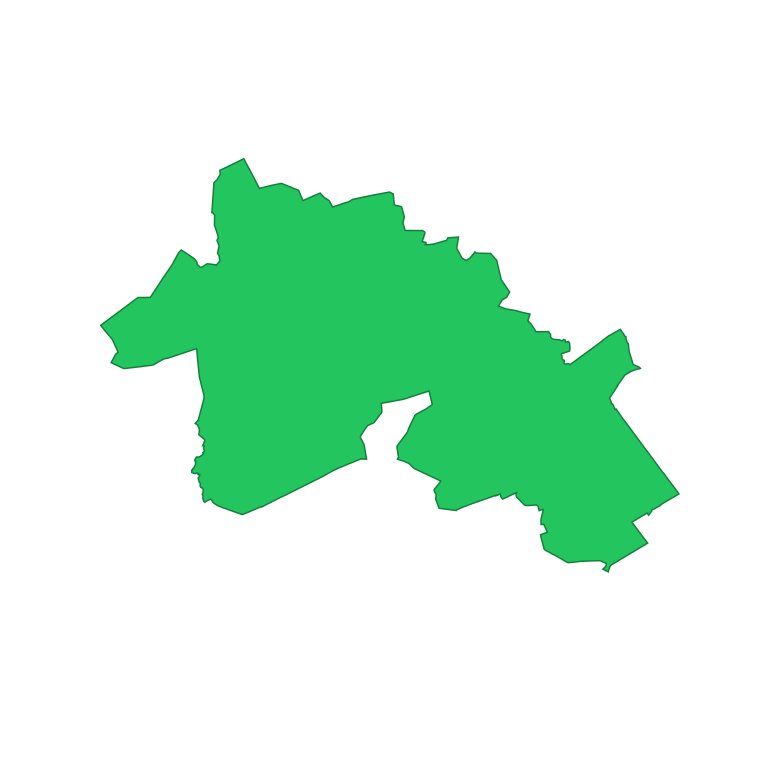 Vircavas pag., Jelgava, Latvia, rotated 156°
{"feature_id": "27541924B57397362903980", "entity_name": "Vircavas pag.", "entity_type": "district", "adm_level": 2, "iso_a3": "LVA", "parent_name": "Latvia", "parent_adm1": "Jelgava", "projection": "robinson", "projection_center": [23.832, 56.527], "detail": "fine", "context": "isolated", "style": "filled", "palette": "green", "viewbox_px": 768, "rotation_deg": 156, "n_neighbors": 0, "source": "geoboundaries", "source_scale": "gbopen_adm2", "svg_char_len": 6027}
<svg xmlns="http://www.w3.org/2000/svg" viewBox="0 0 768 768"><g transform="rotate(156 384 384)"><path d="M207.9,131.4L208.0,131.8L213.7,156.7L213.6,157.0L196.1,159.1L195.5,156.5L191.1,159.1L190.0,160.3L189.0,159.9L181.1,160.6L180.7,160.9L177.3,161.6L159.3,163.6L159.9,166.9L163.4,182.1L164.8,188.8L165.2,189.5L167.2,198.5L170.8,215.0L170.8,215.3L171.0,215.3L176.5,240.4L179.5,253.8L179.8,254.5L182.1,266.7L183.3,266.7L183.2,271.5L183.3,272.5L183.5,272.9L184.2,273.3L184.0,273.6L183.8,275.3L183.7,278.6L183.7,279.4L171.5,287.1L171.7,287.5L171.1,287.9L170.5,288.0L169.9,288.4L169.9,288.6L168.7,289.2L160.3,294.2L152.9,295.1L147.1,294.7L144.2,294.0L143.6,293.9L143.4,293.9L143.7,294.9L144.6,296.3L148.3,300.2L148.5,300.7L147.8,305.6L147.0,312.4L146.8,314.0L145.3,318.8L144.6,320.6L144.5,321.2L144.5,321.8L145.0,322.8L144.5,326.8L143.9,328.7L144.2,328.7L145.9,337.8L159.6,336.5L165.7,335.1L170.0,333.9L206.1,326.0L206.2,326.3L206.8,327.1L208.5,328.0L209.8,328.1L210.9,329.0L211.2,330.0L210.6,330.9L210.0,331.4L209.8,331.9L209.8,332.5L210.5,333.1L211.1,333.9L211.1,334.8L210.8,335.6L210.0,337.2L210.0,337.8L210.1,338.3L209.6,339.5L201.1,338.6L199.7,340.6L197.9,345.7L198.1,347.7L201.2,348.4L201.0,349.0L201.0,349.5L200.7,350.7L201.1,351.2L201.7,351.5L202.2,351.5L203.5,351.0L204.7,351.8L205.1,352.4L205.5,352.8L206.8,353.6L210.3,355.5L211.3,356.3L212.1,357.2L212.5,358.1L212.5,359.5L211.6,361.8L212.3,363.3L212.2,364.1L212.3,364.9L223.9,369.9L224.1,371.2L224.3,373.3L225.4,379.5L226.9,383.1L222.2,388.5L228.3,393.0L234.2,397.8L242.5,403.3L247.6,408.4L247.8,408.7L241.6,412.8L236.8,413.3L231.8,416.9L234.5,431.5L234.4,432.1L234.0,433.7L233.1,438.6L232.5,442.0L231.4,447.6L230.7,451.2L230.8,451.4L233.6,460.1L235.0,460.6L246.2,465.9L246.5,466.2L247.3,467.6L253.6,464.3L258.6,463.3L261.4,467.1L261.5,467.4L262.3,476.9L262.6,478.1L259.8,482.3L256.2,488.0L266.2,491.5L268.3,489.8L282.2,491.7L287.7,493.6L289.7,494.5L288.1,495.8L288.1,496.3L291.2,498.5L285.3,505.1L285.0,505.8L285.0,506.5L286.6,508.6L301.9,515.5L302.1,515.8L302.2,516.1L301.2,523.4L297.4,528.5L295.9,538.6L296.1,539.0L300.5,542.4L301.5,543.4L301.6,543.8L298.3,553.8L300.6,556.9L301.1,557.2L317.1,561.0L337.6,565.4L342.1,564.8L345.5,565.3L359.0,566.6L359.5,573.8L362.7,578.7L364.4,583.3L364.7,584.4L372.4,584.5L383.5,584.5L383.2,595.6L396.1,609.0L405.0,611.0L418.3,613.4L419.3,630.5L420.5,646.8L447.1,645.9L448.2,642.3L453.1,638.7L457.5,637.0L471.5,610.6L471.0,610.4L470.8,610.2L470.1,607.2L470.2,606.8L474.3,598.1L474.9,591.3L475.6,585.8L475.9,585.1L477.9,583.4L478.2,583.0L478.5,577.0L481.1,573.7L482.9,571.2L482.5,568.7L483.6,563.7L484.1,563.1L489.0,560.7L489.2,561.3L496.2,565.6L497.3,565.7L502.6,564.8L503.7,564.9L504.4,565.3L505.3,567.7L505.5,568.0L505.9,568.7L505.5,571.4L505.5,572.0L505.8,573.5L506.2,575.1L506.6,576.0L511.7,584.3L514.7,588.9L518.3,587.4L529.7,578.7L540.9,571.9L562.2,558.2L568.0,560.6L573.5,563.1L619.0,552.8L617.2,546.0L614.2,535.7L614.1,535.1L614.0,530.0L614.0,527.2L613.9,525.2L614.1,521.1L617.0,520.4L624.6,514.5L615.4,503.9L598.2,498.5L588.8,495.7L586.6,495.3L583.9,495.6L575.2,496.5L570.9,495.5L541.0,492.6L541.0,491.6L543.4,484.9L549.8,465.5L552.0,453.1L553.1,446.8L553.4,445.8L553.7,445.1L556.8,440.9L566.0,429.5L568.0,427.0L569.0,426.4L568.8,426.2L572.5,424.9L571.0,422.1L571.0,417.7L573.8,412.9L573.3,412.0L570.5,406.2L570.5,405.7L570.7,405.2L574.5,401.6L574.3,401.6L573.8,401.2L573.6,401.0L573.8,400.2L574.7,399.5L574.8,399.1L574.8,398.3L575.2,397.2L575.1,396.3L575.2,396.0L575.3,395.9L576.1,395.3L577.1,395.2L577.5,395.1L577.6,394.8L577.6,394.3L577.4,394.0L577.3,393.7L578.4,393.2L579.0,393.1L580.9,392.7L583.2,392.6L583.7,392.7L584.3,393.2L584.5,393.6L585.1,393.5L586.1,392.8L586.9,392.3L587.1,392.0L587.6,391.7L588.0,390.9L588.0,390.7L587.6,390.2L588.0,389.7L588.2,388.6L589.2,386.8L590.5,386.0L591.4,385.2L591.7,384.6L593.0,384.4L593.5,384.1L593.6,383.8L594.6,383.6L594.8,383.2L595.2,382.3L595.6,381.7L595.5,381.1L594.4,380.2L593.5,379.2L592.5,378.8L590.7,378.7L590.3,378.3L590.2,377.8L590.5,377.5L590.8,377.1L590.6,376.7L590.0,376.6L589.4,376.6L589.2,376.1L589.4,375.7L590.9,374.3L591.3,373.9L591.7,373.6L592.0,373.7L592.1,373.3L592.4,370.9L592.7,370.2L592.7,369.9L592.6,369.3L592.2,368.4L592.6,367.3L593.5,365.5L593.6,364.8L593.4,363.9L593.0,363.5L592.4,363.4L592.4,362.8L592.1,362.3L592.1,361.5L592.7,360.0L593.6,358.2L594.9,357.2L594.9,355.4L595.9,353.3L596.5,350.2L595.8,348.8L592.5,349.4L589.1,349.3L588.3,345.6L587.7,344.1L587.1,343.0L586.1,341.5L584.3,339.3L580.7,335.7L579.4,334.8L577.0,332.2L566.5,322.3L560.8,322.1L547.0,321.9L546.1,321.4L525.4,322.5L521.5,322.5L476.8,324.5L470.9,325.1L465.9,325.5L460.9,325.7L435.7,325.0L430.5,322.4L430.1,323.7L429.8,325.3L427.0,336.1L426.9,338.3L427.1,340.2L427.0,340.7L427.4,344.0L427.2,344.9L426.4,346.2L418.6,351.1L415.8,352.7L408.9,352.7L397.6,359.0L396.8,360.6L394.3,367.4L372.2,362.1L345.7,359.3L348.2,345.9L348.7,345.5L355.8,344.1L366.4,343.3L368.6,342.7L378.9,333.9L382.5,330.3L397.2,322.1L398.0,320.6L400.5,311.3L402.3,309.9L396.9,305.0L393.6,301.3L391.4,295.8L390.6,294.3L371.6,272.3L373.2,271.2L381.0,267.3L381.7,265.8L381.3,261.6L383.6,257.9L384.2,248.0L369.4,239.0L368.3,239.5L361.9,239.4L354.0,239.0L326.2,236.8L326.0,236.7L326.5,236.3L322.6,236.2L322.8,234.5L323.0,233.8L323.0,233.3L322.6,230.6L307.6,230.9L307.2,230.8L308.2,229.7L308.8,227.3L308.7,226.6L305.3,217.2L304.9,216.4L303.8,215.3L302.8,214.7L294.2,211.6L293.5,211.0L293.0,210.3L293.0,209.8L293.7,205.7L293.8,205.2L289.9,204.9L289.9,203.9L295.4,196.9L297.7,191.7L295.1,190.7L295.1,187.0L295.1,184.2L295.1,182.8L295.3,182.1L302.3,182.7L302.6,181.4L302.9,180.2L304.5,170.1L304.9,168.8L304.7,167.7L304.2,166.4L300.8,162.2L299.4,160.1L297.6,158.2L290.0,147.7L288.8,146.2L288.3,145.8L279.9,143.0L278.0,142.5L272.9,140.6L269.1,139.1L260.8,135.7L258.6,134.7L258.1,134.3L254.5,130.3L254.1,129.6L254.1,129.2L254.9,127.8L256.5,126.9L259.4,125.8L257.6,123.7L257.6,123.4L257.3,123.4L255.5,121.2L255.3,121.5L252.6,124.6L252.1,125.1L250.5,126.2L207.9,131.4Z" fill="#22c55e" stroke="#15803d" stroke-width="1.5"/></g></svg>